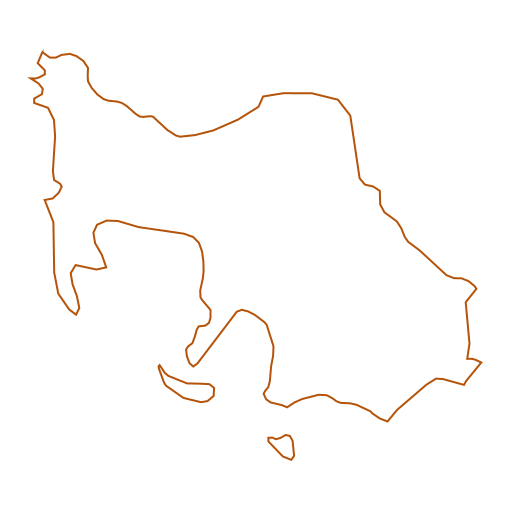 SVG path tracing the border of Batangas
{"feature_id": "PHL-2564", "entity_name": "Batangas", "entity_type": "Province", "adm_level": 1, "iso_a3": "PHL", "parent_name": "Philippines", "parent_adm1": "", "projection": "natural_earth1", "projection_center": [120.943, 13.875], "detail": "fine", "context": "isolated", "style": "outline", "palette": "amber", "viewbox_px": 512, "rotation_deg": 0, "n_neighbors": 0, "source": "natural_earth", "source_scale": "10m", "svg_char_len": 2307}
<svg xmlns="http://www.w3.org/2000/svg" viewBox="0 0 512 512"><path d="M476.4,288.8L465.7,302.3L469.5,343.7L467.2,358.8L472.0,358.8L475.3,359.7L481.3,362.5L466.2,380.9L464.0,384.9L443.2,379.1L436.1,378.6L426.4,384.7L397.3,409.7L387.5,421.5L379.8,418.5L372.5,413.5L370.4,411.3L356.6,404.8L350.0,403.3L340.9,402.9L336.5,401.3L332.2,398.1L326.7,395.2L318.6,394.8L302.2,399.0L294.2,402.6L287.1,407.3L282.1,405.2L270.5,402.4L266.1,399.2L263.6,393.8L265.3,390.7L268.3,387.2L269.9,380.8L271.1,366.3L273.1,355.9L273.5,346.3L266.6,324.6L264.6,322.3L254.7,314.8L248.3,311.5L241.9,309.8L236.8,311.7L197.4,363.5L193.3,366.5L189.5,363.2L186.9,356.3L186.1,349.4L188.2,346.3L192.4,343.2L194.9,336.4L196.8,329.5L198.7,326.4L205.3,325.6L209.0,322.9L210.5,317.8L210.5,309.9L202.2,300.1L200.5,297.4L200.2,290.6L202.9,278.0L203.6,271.3L203.4,261.7L202.1,251.7L199.0,243.0L193.3,237.1L184.0,233.7L138.6,227.1L117.9,221.0L106.6,220.6L97.1,224.7L93.4,232.7L95.1,243.2L101.9,254.9L106.2,267.4L96.4,269.5L75.6,265.1L70.7,273.2L72.5,284.1L76.9,296.2L79.3,307.9L76.1,314.7L69.2,309.5L58.3,293.7L54.2,272.6L53.4,222.2L44.7,200.0L52.6,198.5L58.7,192.8L61.7,186.7L60.1,183.8L54.1,180.0L52.9,171.2L55.1,136.4L54.0,120.0L48.0,107.8L34.2,103.0L34.2,98.6L41.9,94.2L42.8,88.8L38.5,83.4L30.7,78.4L35.5,78.5L38.9,77.5L44.8,74.4L44.8,70.3L37.7,63.2L42.1,52.7L42.5,52.2L42.5,52.3L49.9,57.6L55.9,57.6L61.5,54.9L69.9,53.9L76.5,56.1L83.4,61.0L88.0,67.9L87.7,76.0L88.0,81.3L91.7,88.0L97.4,94.5L103.6,99.1L108.4,100.7L117.4,101.6L121.7,102.9L126.7,106.0L135.2,113.5L139.4,116.4L142.7,116.9L150.4,116.2L153.0,116.7L167.6,130.2L175.9,135.5L180.1,136.7L195.0,135.1L213.1,130.5L238.0,119.6L258.5,106.8L263.1,96.5L283.5,93.2L312.0,93.3L337.9,99.7L350.3,115.6L359.6,178.2L364.9,184.6L373.2,186.5L379.8,190.9L380.2,204.5L384.5,212.4L396.8,221.4L401.2,228.1L404.7,236.8L408.2,241.9L419.6,250.4L446.5,275.2L454.1,278.2L461.5,278.3L468.5,281.1L474.6,286.1L476.4,288.8ZM200.8,383.7L209.5,384.2L214.1,388.0L213.6,396.0L207.5,401.1L201.0,402.2L183.4,397.9L165.9,385.6L163.9,382.3L159.0,368.8L158.6,366.3L159.6,365.1L164.9,373.0L168.4,375.9L187.0,383.4L200.8,383.7ZM291.3,459.8L282.9,456.5L268.4,441.5L268.4,437.8L272.4,437.6L275.8,439.2L280.3,438.0L285.6,435.0L289.8,435.9L292.6,440.9L294.1,455.8L291.3,459.8Z" fill="none" stroke="#b45309" stroke-width="2"/></svg>